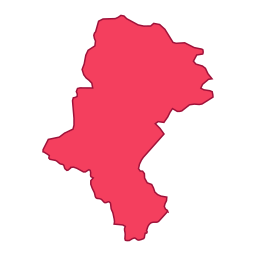 an SVG outline of Silesian
{"feature_id": "POL-3146", "entity_name": "Silesian", "entity_type": "Voivodeship", "adm_level": 1, "iso_a3": "POL", "parent_name": "Poland", "parent_adm1": "", "projection": "mercator", "projection_center": [18.978, 50.212], "detail": "fine", "context": "isolated", "style": "filled", "palette": "rose", "viewbox_px": 256, "rotation_deg": 0, "n_neighbors": 0, "source": "natural_earth", "source_scale": "10m", "svg_char_len": 2380}
<svg xmlns="http://www.w3.org/2000/svg" viewBox="0 0 256 256"><path d="M167.9,211.9L167.4,211.7L166.9,212.0L166.6,212.6L159.0,221.0L158.3,221.6L157.1,222.1L156.2,222.2L153.5,222.2L151.8,222.5L150.4,223.2L149.1,224.5L147.9,226.4L146.5,230.7L146.7,230.9L147.0,231.3L147.1,231.9L146.9,232.8L146.5,233.1L145.5,233.1L145.2,233.2L144.6,235.8L144.4,237.5L143.7,238.6L141.0,239.6L138.9,240.1L137.9,240.0L137.1,239.6L135.4,238.3L134.6,238.0L132.7,238.5L129.3,240.5L127.1,240.6L125.4,240.3L124.9,238.8L125.2,234.4L125.0,232.4L124.6,230.6L124.5,228.7L125.3,226.4L122.7,224.9L114.1,224.1L114.5,221.8L114.2,219.0L113.0,213.3L112.6,212.1L111.5,209.7L111.1,208.4L110.6,203.8L110.2,202.7L108.9,201.7L107.5,202.0L106.2,202.6L104.9,202.7L103.8,202.0L102.1,200.0L100.9,199.1L99.7,198.7L97.0,198.4L95.8,197.6L95.3,196.6L94.4,192.7L92.3,188.4L90.8,184.3L90.8,180.7L93.2,177.9L90.9,176.6L90.5,175.0L90.7,172.9L90.2,170.4L88.9,169.7L85.4,171.9L83.4,171.9L76.9,168.3L73.5,167.1L70.0,167.5L70.4,167.6L70.5,167.7L70.6,168.0L68.1,170.1L66.9,170.4L65.1,168.9L64.6,168.0L64.0,165.9L63.7,165.2L62.6,164.4L60.6,164.0L59.6,163.5L56.8,161.1L55.5,160.4L49.9,159.3L48.8,158.0L49.3,155.5L44.2,152.2L43.0,151.8L43.1,149.6L48.3,139.4L59.3,137.1L64.6,133.1L73.0,129.1L74.0,125.1L74.0,118.2L72.5,100.6L73.3,97.8L75.2,97.4L77.1,96.5L77.3,94.0L76.3,91.6L77.5,88.5L80.0,87.9L92.7,88.0L91.8,83.1L88.9,80.1L86.1,77.9L83.8,74.8L82.1,69.5L84.2,63.9L85.8,55.2L88.1,50.3L94.9,45.9L95.5,41.0L94.4,38.4L93.8,35.3L94.5,33.1L95.6,31.8L98.6,21.2L103.0,19.0L115.3,18.6L118.2,17.3L120.9,15.4L124.0,16.0L126.7,18.7L138.1,24.9L143.8,26.1L150.7,26.0L153.7,23.4L159.6,24.5L164.9,29.3L173.0,42.4L176.0,43.3L184.7,42.8L194.2,47.6L201.7,49.1L202.8,49.7L203.1,51.2L203.1,52.9L202.7,54.0L196.7,55.0L193.4,61.2L195.9,64.1L202.4,66.0L205.4,68.3L207.9,73.7L212.0,78.8L208.5,79.3L202.5,84.4L200.8,88.2L203.8,89.8L209.8,90.7L212.2,91.7L212.8,94.6L213.0,97.1L202.0,104.0L199.2,104.5L194.3,104.1L189.5,104.8L181.8,110.9L179.6,111.4L177.3,111.4L172.5,108.6L170.1,112.1L167.7,117.0L163.9,122.4L158.1,121.6L155.3,123.7L160.0,128.4L164.0,134.0L143.3,157.3L141.4,160.1L139.5,164.1L138.5,168.7L140.2,171.0L142.6,171.2L144.4,173.6L144.6,178.1L147.2,182.8L151.7,184.5L153.4,187.8L154.8,192.0L157.6,194.6L160.9,196.1L166.8,197.1L166.5,200.7L165.0,203.7L164.3,206.5L165.4,209.0L167.4,210.4L167.9,211.9Z" fill="#f43f5e" stroke="#9f1239" stroke-width="1.5"/></svg>